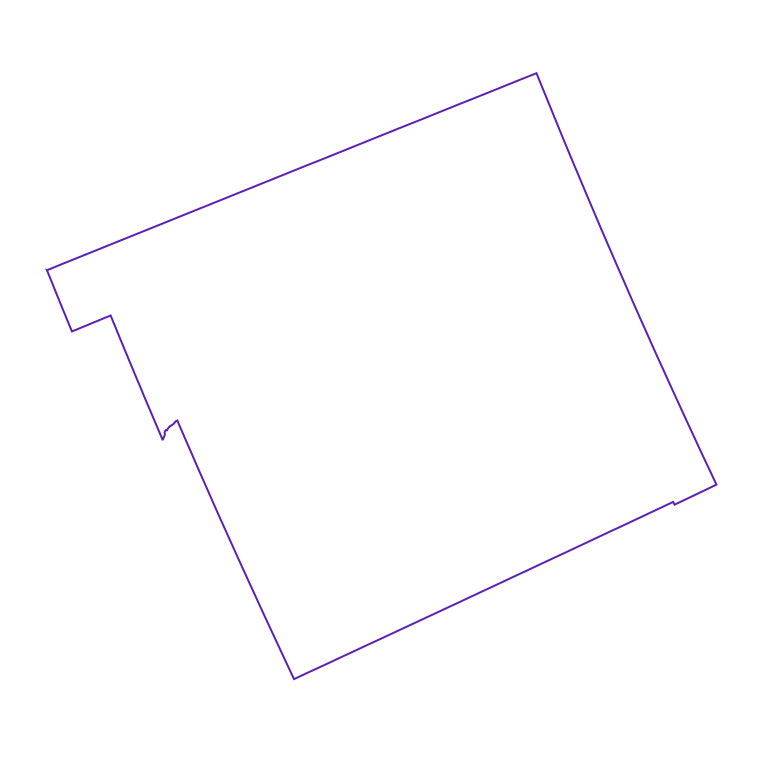 an SVG outline of New Mexico, rotated 67°
{"feature_id": "USA-3524", "entity_name": "New Mexico", "entity_type": "State", "adm_level": 1, "iso_a3": "USA", "parent_name": "United States of America", "parent_adm1": "", "projection": "orthographic", "projection_center": [-107.139, 34.164], "detail": "fine", "context": "isolated", "style": "outline", "palette": "violet", "viewbox_px": 768, "rotation_deg": 67, "n_neighbors": 0, "source": "natural_earth", "source_scale": "10m", "svg_char_len": 3621}
<svg xmlns="http://www.w3.org/2000/svg" viewBox="0 0 768 768"><g transform="rotate(67 384 384)"><path d="M220.2,609.0L218.2,608.9L216.1,608.9L214.1,608.9L214.1,609.5L214.1,610.2L214.1,610.8L214.1,611.5L214.1,612.1L214.1,612.8L214.1,613.4L214.1,614.1L214.0,614.8L214.0,615.4L214.0,616.1L214.0,616.7L214.0,617.4L214.0,618.0L214.0,618.7L214.0,619.3L214.0,620.0L214.0,620.6L214.0,621.3L214.0,622.0L214.0,622.6L214.0,623.3L214.0,623.9L214.0,624.6L214.0,625.2L213.9,625.9L213.9,626.5L213.9,627.2L213.9,627.8L213.9,628.5L213.9,629.2L213.9,629.8L213.9,630.5L213.9,631.1L213.9,631.8L213.9,632.4L213.9,633.1L213.9,633.7L213.9,634.4L213.9,635.0L213.9,635.7L213.8,636.3L213.8,637.0L213.8,637.7L213.8,638.3L213.8,639.0L213.8,639.6L213.8,640.3L213.8,640.9L213.8,641.6L213.8,642.2L213.8,642.9L213.8,643.5L213.8,644.2L213.8,644.8L213.8,645.5L213.8,646.2L213.8,646.8L213.7,647.5L213.7,648.1L213.7,648.8L213.7,649.4L213.7,650.1L213.7,650.7L210.3,650.7L206.9,650.7L203.5,650.6L200.1,650.6L196.7,650.5L193.3,650.5L190.0,650.5L186.6,650.4L183.2,650.4L179.8,650.3L176.4,650.3L173.0,650.2L169.6,650.2L166.2,650.1L162.8,650.0L159.4,650.0L156.0,649.9L153.8,649.9L152.6,649.9L149.2,649.8L147.5,649.8L147.6,649.7L147.6,649.4L147.8,632.8L148.1,616.4L148.4,599.9L148.7,583.4L149.0,567.0L149.3,550.5L149.6,534.0L149.9,517.5L150.2,501.1L150.5,484.6L150.8,468.1L151.1,451.6L151.4,435.2L151.7,418.7L152.0,402.2L152.3,385.7L152.6,369.3L153.0,352.8L153.3,336.3L153.6,319.8L153.9,303.3L154.2,286.9L154.5,270.4L154.9,253.9L155.2,237.4L155.5,221.0L155.8,204.5L156.2,188.0L156.5,171.6L156.8,155.1L157.1,138.6L157.5,122.2L171.5,122.4L185.6,122.6L199.6,122.8L213.6,123.0L227.7,123.2L241.7,123.3L255.7,123.4L269.8,123.4L283.8,123.5L297.9,123.5L311.9,123.5L326.0,123.5L340.0,123.4L354.0,123.3L368.1,123.2L382.1,123.0L396.2,122.9L410.2,122.7L424.2,122.5L438.3,122.2L452.3,122.0L466.3,121.7L480.4,121.3L494.4,121.0L508.4,120.6L522.5,120.2L536.5,119.8L550.5,119.3L564.5,118.9L578.5,118.4L592.5,117.8L606.5,117.3L607.1,128.9L607.6,140.5L608.1,152.1L608.6,163.7L605.5,163.9L605.6,165.5L605.7,168.4L606.2,181.4L606.7,194.3L607.2,207.2L607.7,220.1L608.1,233.0L608.6,246.0L609.1,258.9L609.6,271.8L610.1,284.7L610.5,297.7L611.0,310.6L611.5,323.5L611.9,336.5L612.4,349.4L612.9,362.3L613.3,375.2L613.8,388.2L614.3,401.1L614.7,414.0L615.2,427.0L615.6,439.9L616.1,452.8L616.5,465.8L617.0,478.7L617.4,491.6L617.8,504.5L618.3,517.5L618.7,530.4L619.2,543.3L619.6,556.2L620.0,569.2L620.5,582.1L603.0,582.8L585.5,583.4L568.0,584.0L550.5,584.6L533.0,585.1L515.5,585.6L497.9,586.1L480.4,586.5L462.9,586.9L445.4,587.3L427.9,587.6L410.3,587.8L392.8,588.1L375.3,588.2L357.7,588.4L340.2,588.5L338.2,588.5L336.9,588.5L336.9,590.1L338.6,593.5L339.0,595.4L339.3,597.6L339.9,599.2L341.8,602.0L341.2,602.7L341.8,603.8L342.5,604.6L343.4,605.1L344.5,605.3L345.6,606.0L349.3,609.9L348.4,609.5L345.1,609.6L343.1,609.6L341.0,609.6L339.0,609.6L336.9,609.6L334.9,609.6L332.8,609.6L330.8,609.6L328.8,609.6L326.7,609.6L324.7,609.6L322.6,609.6L320.6,609.6L318.5,609.6L316.5,609.6L314.4,609.6L312.4,609.6L310.3,609.6L308.3,609.6L306.2,609.6L304.2,609.6L302.1,609.6L300.1,609.6L298.0,609.6L296.0,609.5L293.9,609.5L291.9,609.5L289.9,609.5L287.8,609.5L285.8,609.5L283.7,609.5L281.7,609.5L279.6,609.5L277.6,609.5L275.5,609.5L273.5,609.4L271.4,609.4L269.4,609.4L267.3,609.4L265.3,609.4L263.2,609.4L261.2,609.4L259.1,609.3L257.1,609.3L255.0,609.3L253.0,609.3L250.9,609.3L248.9,609.3L246.9,609.2L244.8,609.2L242.8,609.2L240.7,609.2L238.7,609.2L236.6,609.1L234.6,609.1L232.5,609.1L230.5,609.1L228.4,609.0L226.4,609.0L224.3,609.0L222.3,609.0L220.2,609.0Z" fill="none" stroke="#5b21b6" stroke-width="2"/></g></svg>